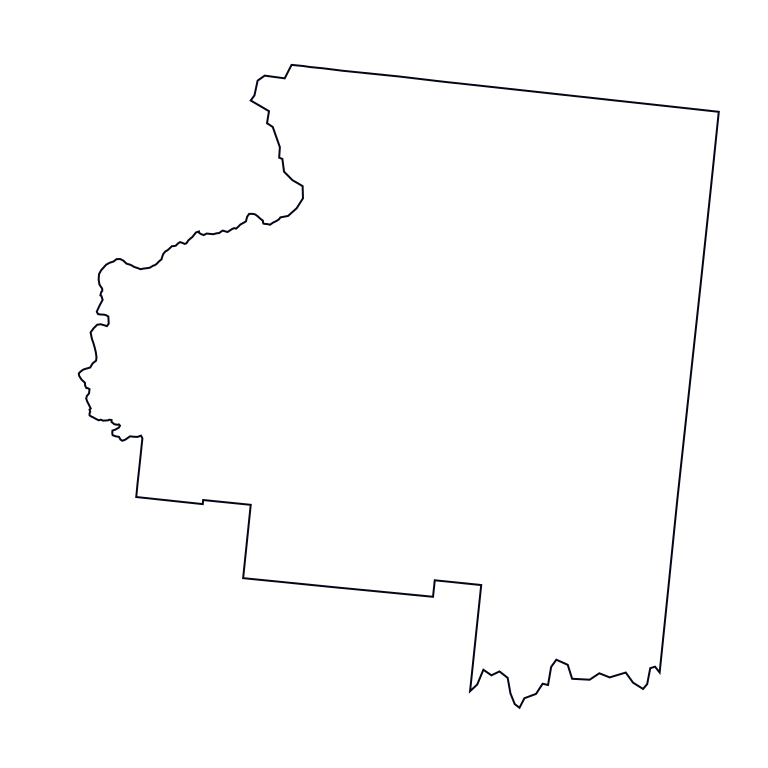 Lincoln, Montana, United States of America (Equal Earth projection), rotated 96°
{"feature_id": "52423323B47513182951794", "entity_name": "Lincoln", "entity_type": "district", "adm_level": 2, "iso_a3": "USA", "parent_name": "United States of America", "parent_adm1": "Montana", "projection": "equal_earth", "projection_center": [-115.378, 48.446], "detail": "fine", "context": "isolated", "style": "outline", "palette": "ink", "viewbox_px": 768, "rotation_deg": 96, "n_neighbors": 0, "source": "geoboundaries", "source_scale": "gbopen_adm2", "svg_char_len": 2974}
<svg xmlns="http://www.w3.org/2000/svg" viewBox="0 0 768 768"><g transform="rotate(96 384 384)"><path d="M522.3,618.6L522.4,551.7L518.3,551.7L518.1,503.9L591.8,503.8L591.3,408.5L590.5,313.0L573.9,313.0L573.8,266.3L680.5,266.3L673.2,259.9L657.8,255.3L662.5,246.7L657.8,239.1L663.3,230.3L678.5,225.9L688.7,220.5L691.8,215.4L681.8,211.5L676.3,200.4L665.5,194.9L666.2,189.4L647.9,188.2L640.2,183.8L644.1,171.9L657.5,166.1L656.6,148.6L649.2,139.6L652.2,128.9L645.7,113.4L655.0,105.1L660.2,94.5L655.0,90.9L638.8,89.5L636.8,84.9L642.1,79.7L554.8,79.9L470.3,80.2L248.6,79.5L152.1,79.4L78.3,79.5L77.2,344.9L77.2,352.2L77.1,363.7L76.6,400.9L76.8,457.9L76.4,477.2L76.5,490.8L76.2,497.6L76.3,509.3L90.4,514.7L89.8,534.9L95.5,541.4L110.5,543.0L116.0,546.2L124.7,526.9L136.9,527.6L140.0,521.5L159.4,512.3L169.9,511.9L170.8,508.6L183.3,505.6L190.9,496.3L195.7,485.6L207.8,484.0L218.3,489.2L226.9,497.0L229.1,504.4L231.2,505.7L233.2,508.1L235.0,511.1L237.5,514.0L237.2,516.1L237.2,519.4L237.1,520.6L236.1,521.2L234.2,521.5L232.8,523.9L230.3,527.3L228.9,529.7L228.5,531.7L228.9,535.9L232.0,537.6L236.7,538.3L238.3,540.4L240.4,543.5L242.7,545.3L245.0,547.4L244.6,549.3L246.0,551.6L249.2,555.5L248.3,560.5L251.1,563.8L251.7,566.4L252.9,569.6L252.9,573.4L252.9,576.0L254.7,578.8L254.1,581.5L252.8,583.9L251.7,584.0L252.3,585.5L253.0,586.9L255.4,588.4L257.8,589.9L260.2,592.3L261.5,593.5L264.7,595.2L265.5,596.8L264.7,599.4L264.2,601.7L266.0,603.8L268.2,605.5L268.7,607.0L269.2,609.5L271.6,611.4L273.8,613.5L274.9,615.2L277.7,617.1L281.3,618.0L283.3,618.3L285.5,620.5L288.1,622.5L289.7,624.2L290.6,626.2L291.8,627.7L292.9,629.2L293.6,631.9L294.4,635.5L295.3,638.2L294.5,640.9L293.7,644.6L292.0,648.4L291.2,652.7L288.5,656.2L287.3,659.5L287.8,663.1L290.4,665.7L292.1,669.5L294.4,672.8L297.0,674.7L300.5,677.2L304.5,678.9L310.1,678.7L314.8,677.4L317.4,675.3L318.5,674.3L320.8,673.9L322.3,674.9L325.5,675.3L325.9,674.3L329.7,672.6L335.5,675.0L340.5,676.7L342.2,677.2L344.4,675.7L344.5,673.0L344.3,669.6L344.7,667.4L345.7,665.2L349.4,664.6L352.8,664.1L355.4,665.6L354.9,668.0L354.2,671.9L355.0,675.4L358.8,678.5L363.3,681.2L369.4,679.3L374.1,677.1L378.1,675.5L382.6,673.9L387.7,672.7L390.9,672.8L393.9,675.9L398.3,677.9L399.7,681.4L401.1,684.6L403.5,687.2L405.4,688.6L407.6,688.1L409.0,687.1L411.3,685.2L414.0,681.6L416.9,681.0L419.2,679.6L419.0,678.4L419.9,676.3L424.3,676.4L426.9,678.2L429.5,678.7L432.7,677.2L435.0,675.6L437.0,674.4L439.0,673.1L440.3,674.2L442.3,673.3L444.2,673.8L446.0,673.5L446.8,672.0L447.5,670.0L448.9,666.7L449.9,663.9L449.1,661.8L449.8,659.8L449.5,657.6L449.0,654.7L448.2,653.5L448.3,651.2L450.2,651.0L452.2,648.0L452.4,644.6L451.9,643.5L453.0,642.2L455.1,643.1L457.5,646.5L458.7,649.2L461.4,649.1L463.3,648.5L464.1,645.1L464.3,642.0L466.8,640.3L467.8,638.2L466.4,635.5L464.7,633.5L462.6,631.1L462.6,626.8L462.4,623.7L461.5,621.8L460.8,620.2L463.3,618.6L477.0,618.6L490.2,618.6L509.4,618.7L517.9,618.6L522.3,618.6Z" fill="none" stroke="#020617" stroke-width="2"/></g></svg>